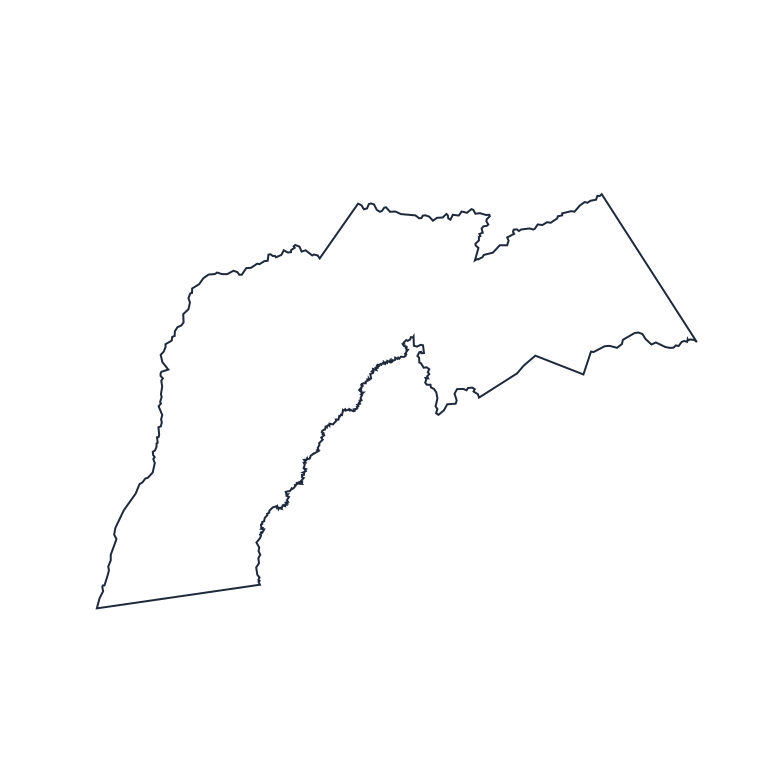 the district of Kalabo, Western, Zambia, rotated 262°
{"feature_id": "96606910B70334566672203", "entity_name": "Kalabo", "entity_type": "district", "adm_level": 2, "iso_a3": "ZMB", "parent_name": "Zambia", "parent_adm1": "Western", "projection": "albers", "projection_center": [22.442, -14.856], "detail": "fine", "context": "isolated", "style": "outline", "palette": "slate", "viewbox_px": 768, "rotation_deg": 262, "n_neighbors": 0, "source": "geoboundaries", "source_scale": "gbopen_adm2", "svg_char_len": 6152}
<svg xmlns="http://www.w3.org/2000/svg" viewBox="0 0 768 768"><g transform="rotate(262 384 384)"><path d="M566.2,383.4L517.3,337.8L520.6,336.2L522.0,332.5L521.3,330.8L527.3,325.0L526.6,320.8L531.8,319.4L534.0,315.4L532.9,313.7L531.3,314.5L529.6,310.8L527.5,310.2L527.6,306.9L530.4,303.4L526.1,300.3L524.5,294.6L526.0,293.9L526.2,291.8L528.3,289.6L528.2,287.6L522.3,286.0L522.3,282.6L520.0,277.4L520.8,275.2L517.6,268.6L517.9,263.7L512.0,258.4L512.3,255.9L515.2,254.4L517.1,250.7L514.6,244.0L515.4,238.8L517.6,234.2L516.4,231.8L516.8,225.5L513.8,219.7L508.6,214.9L505.3,207.3L500.9,206.6L500.7,204.8L496.2,202.3L491.8,203.2L485.3,200.8L481.1,194.9L472.8,194.1L470.2,191.4L468.9,187.3L465.3,184.2L460.7,183.4L460.2,180.9L456.5,179.8L453.8,173.1L451.2,172.9L446.6,170.3L444.0,166.9L436.5,167.6L428.3,172.4L427.1,165.3L425.5,164.2L423.0,163.9L420.4,165.8L418.2,163.9L412.3,164.0L405.0,161.7L402.1,162.0L397.3,159.8L395.8,160.4L393.3,157.7L384.1,160.1L379.9,158.3L377.1,158.7L373.1,157.1L372.5,154.6L365.0,154.3L362.8,153.4L362.8,151.8L357.3,151.7L356.8,150.5L353.5,150.0L350.2,148.1L349.0,145.6L345.8,145.5L343.5,146.7L341.8,145.1L337.5,146.0L328.5,142.6L324.0,137.1L323.6,134.5L320.2,131.1L318.9,128.0L310.0,122.8L295.2,108.8L278.9,98.0L272.4,95.8L267.7,97.5L252.8,89.6L247.5,88.9L241.5,85.5L237.7,85.7L233.0,83.7L223.5,79.2L223.6,77.5L222.2,76.8L217.8,77.0L211.6,72.6L201.8,68.4L202.5,233.2L205.5,232.2L206.4,233.4L207.6,232.4L209.6,233.8L212.8,232.0L220.1,231.9L224.0,235.3L228.8,235.3L232.2,237.7L235.9,236.5L239.5,237.7L244.8,235.6L248.6,239.8L250.9,241.1L252.1,240.3L253.4,242.4L254.2,241.7L254.7,243.6L256.8,245.1L257.6,242.3L258.5,243.5L258.9,242.5L261.9,242.6L262.4,244.0L264.2,244.1L264.8,246.2L268.0,247.3L270.3,250.2L271.7,250.1L272.5,252.4L274.4,252.8L277.2,256.5L277.9,260.3L276.8,260.5L277.8,261.3L274.9,262.0L275.7,262.5L274.8,264.9L275.9,264.3L275.8,265.8L277.9,266.8L276.9,268.9L278.2,268.7L277.9,270.8L279.9,270.2L279.5,271.4L280.3,271.0L280.6,272.6L282.5,271.6L285.3,274.2L286.8,272.0L288.2,273.5L288.3,272.0L290.9,271.7L291.1,276.0L293.5,278.1L292.8,278.6L293.7,280.3L295.7,282.4L296.4,281.9L297.1,284.2L298.2,284.0L298.1,286.7L297.0,286.3L296.5,288.8L298.0,287.9L297.5,289.1L298.7,289.4L299.1,287.8L302.1,291.4L303.1,289.9L305.4,290.1L305.2,292.0L307.4,292.6L307.7,291.7L308.6,294.5L310.1,293.7L310.6,294.8L311.8,292.7L315.1,294.3L317.1,293.6L317.1,295.0L318.3,294.1L317.8,295.1L318.8,294.7L319.0,295.6L320.0,294.7L319.9,296.7L321.1,297.5L320.1,297.7L320.4,300.0L323.2,301.5L324.6,304.3L325.6,304.0L324.7,304.7L326.9,310.1L327.9,308.8L328.3,309.9L329.9,309.5L332.7,311.6L334.4,311.5L337.4,315.6L339.7,314.4L341.6,317.6L342.9,316.3L343.6,317.3L345.0,315.7L346.3,316.4L347.3,318.9L346.4,319.0L349.7,320.2L349.1,321.3L350.2,321.3L351.0,323.2L350.1,324.1L352.3,324.5L351.1,327.8L354.2,331.6L355.5,331.4L355.1,334.0L358.5,335.2L358.1,336.0L359.6,337.0L359.1,338.1L364.0,339.8L363.3,340.4L364.4,342.0L363.0,342.4L363.6,345.1L362.7,346.2L363.8,346.4L361.3,349.8L361.6,351.3L363.1,350.7L363.2,353.5L364.1,354.4L365.1,353.9L365.8,355.5L367.2,354.7L367.8,357.4L368.9,356.6L370.0,358.1L371.0,357.7L371.2,359.5L373.3,358.8L376.2,360.8L376.8,359.8L378.4,362.3L378.6,360.6L381.0,360.5L380.2,359.5L380.9,359.0L380.9,360.1L382.3,360.7L382.5,359.7L384.5,361.9L386.2,361.3L386.6,362.2L386.0,362.0L385.8,362.5L387.2,362.2L387.6,363.7L387.3,366.0L388.9,366.2L389.6,368.4L390.9,368.3L390.6,369.6L391.4,369.7L390.3,370.2L391.3,372.0L395.9,371.8L396.3,374.5L397.4,375.2L398.2,373.9L398.8,375.3L400.4,375.2L398.9,378.4L400.9,377.9L400.8,380.9L401.7,379.1L402.3,380.9L403.3,379.7L404.0,380.3L403.1,381.8L404.3,383.1L403.4,384.0L404.8,385.5L404.2,386.5L405.8,386.8L403.9,388.2L405.4,389.1L404.6,390.1L406.4,390.6L405.1,392.5L406.6,393.4L404.4,394.0L404.9,395.2L406.6,395.4L405.8,396.1L406.3,398.2L408.5,398.8L407.0,400.7L408.1,401.7L406.9,402.5L408.7,404.6L408.0,407.4L408.9,409.4L410.6,409.1L410.5,410.1L411.9,409.9L414.5,412.4L414.7,411.0L417.2,411.5L417.0,410.6L418.3,410.8L418.9,409.0L420.9,408.1L421.0,409.6L422.2,409.2L424.4,412.2L423.4,413.6L424.3,415.9L426.7,417.2L426.0,419.1L427.0,419.9L417.7,418.9L416.4,422.0L417.7,425.7L416.9,428.0L409.1,427.9L409.2,425.3L410.7,425.2L410.6,423.5L407.1,421.0L405.2,422.4L400.3,422.0L399.2,423.6L394.6,425.6L394.6,428.5L392.3,430.9L389.7,429.0L387.5,430.2L385.5,427.7L383.5,428.4L384.1,426.0L382.4,426.5L379.8,425.0L377.4,426.1L376.8,429.9L374.1,430.0L372.2,432.7L368.5,434.6L362.3,434.9L354.7,432.0L351.8,433.4L347.8,431.5L345.9,433.6L349.5,439.6L355.1,443.8L354.5,452.2L357.6,453.7L364.6,452.5L368.8,455.7L368.0,462.0L366.3,464.9L368.3,466.5L368.2,470.7L366.3,473.1L364.1,471.6L360.8,475.6L357.3,476.2L376.0,517.3L382.6,524.7L391.0,537.8L365.7,582.8L387.3,593.5L386.5,596.0L390.7,607.8L390.4,612.6L387.4,619.9L390.5,625.2L394.5,626.7L399.6,639.3L399.6,643.0L397.5,646.9L392.1,649.3L385.9,654.4L387.3,659.0L381.4,667.9L379.9,672.5L379.7,675.8L381.6,678.4L380.6,681.0L384.3,684.7L384.8,687.3L383.6,690.0L386.0,690.9L384.9,691.2L385.5,693.4L384.4,697.5L382.0,699.6L541.7,626.0L540.2,623.9L540.6,621.5L537.0,619.6L536.7,613.9L535.2,610.8L536.2,608.0L533.5,602.8L528.1,596.6L529.1,593.5L528.2,584.2L526.2,583.9L525.9,579.5L523.9,578.6L520.5,571.6L521.5,567.9L519.4,563.1L520.6,558.4L516.6,554.8L516.2,553.3L517.8,549.6L517.9,541.3L516.7,538.9L518.6,537.2L518.8,533.9L516.7,532.9L514.6,533.8L512.0,526.4L508.6,527.3L504.2,525.2L505.3,518.0L498.9,510.1L497.9,500.7L495.8,499.1L494.5,494.9L494.0,495.6L494.7,493.8L493.7,491.2L505.6,496.5L508.3,494.1L510.1,494.0L513.0,498.0L516.4,498.4L517.1,500.0L519.2,499.3L520.1,502.8L524.4,502.3L526.3,504.4L526.3,507.8L527.4,509.5L530.9,508.0L532.8,508.6L535.4,512.1L536.9,511.9L537.2,508.5L539.8,502.8L539.9,498.2L544.0,496.7L545.0,494.9L542.0,490.0L544.0,484.9L540.4,481.5L542.0,475.7L537.5,472.7L539.0,470.7L542.1,470.7L543.7,469.5L540.7,465.3L541.2,459.6L538.9,455.2L543.4,452.1L545.3,448.4L545.3,445.8L543.1,444.2L543.2,441.9L546.6,438.6L549.9,424.4L553.2,419.3L553.7,413.9L558.7,410.6L558.6,408.8L555.7,406.1L555.1,403.9L557.4,401.1L563.2,399.1L564.7,396.0L564.2,394.0L560.2,391.6L559.9,388.3L564.1,386.6L566.2,383.4Z" fill="none" stroke="#1e293b" stroke-width="2"/></g></svg>